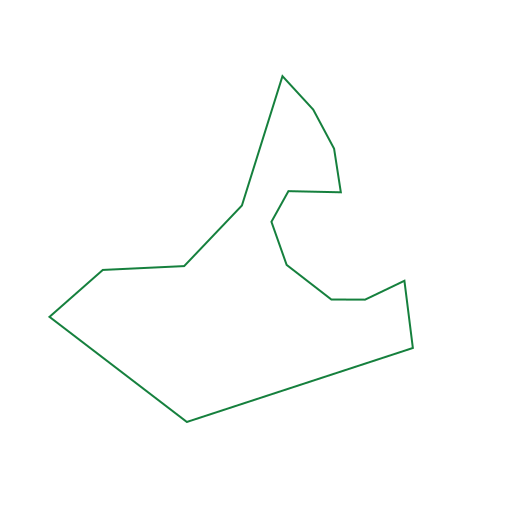 the border of Ngatpang, rotated 108°
{"feature_id": "PLW-5254", "entity_name": "Ngatpang", "entity_type": "state/province", "adm_level": 1, "iso_a3": "PLW", "parent_name": "Palau", "parent_adm1": "", "projection": "orthographic", "projection_center": [134.527, 7.478], "detail": "fine", "context": "isolated", "style": "outline", "palette": "green", "viewbox_px": 512, "rotation_deg": 108, "n_neighbors": 0, "source": "natural_earth", "source_scale": "10m", "svg_char_len": 366}
<svg xmlns="http://www.w3.org/2000/svg" viewBox="0 0 512 512"><g transform="rotate(108 256 256)"><path d="M76.8,286.4L99.1,246.8L129.8,214.9L169.2,195.0L184.3,245.2L218.7,251.9L255.0,224.1L274.1,170.9L263.8,138.8L233.7,107.2L295.0,78.4L435.2,270.5L377.7,433.6L316.6,397.4L287.8,321.2L212.3,285.0L76.8,286.4Z" fill="none" stroke="#15803d" stroke-width="2"/></g></svg>